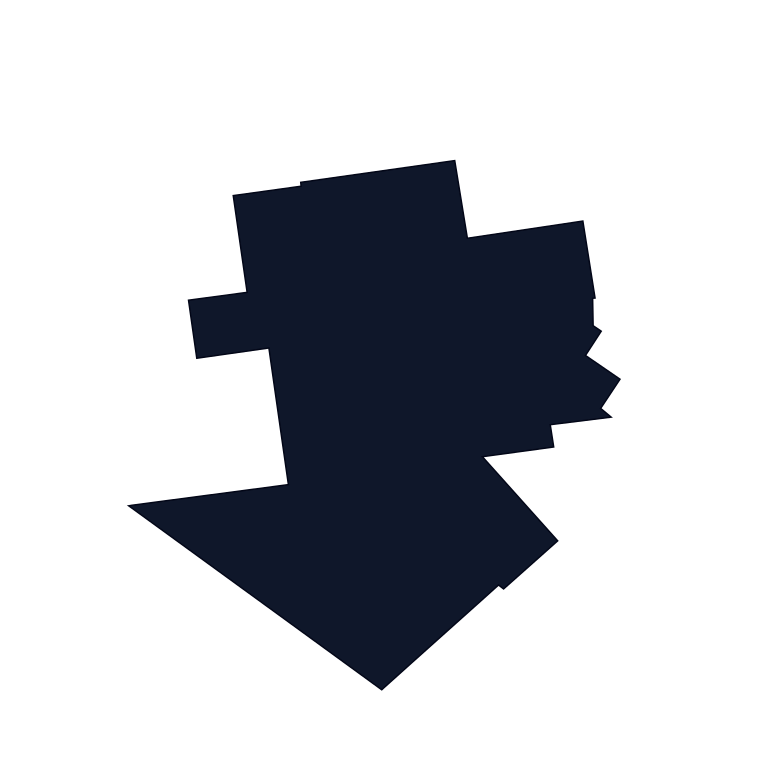 General Pinto, Buenos Aires, Argentina (Robinson projection), rotated 216°
{"feature_id": "61730980B27788441407365", "entity_name": "General Pinto", "entity_type": "district", "adm_level": 2, "iso_a3": "ARG", "parent_name": "Argentina", "parent_adm1": "Buenos Aires", "projection": "robinson", "projection_center": [-62.056, -34.684], "detail": "fine", "context": "isolated", "style": "filled", "palette": "ink", "viewbox_px": 768, "rotation_deg": 216, "n_neighbors": 0, "source": "geoboundaries", "source_scale": "gbopen_adm2", "svg_char_len": 639}
<svg xmlns="http://www.w3.org/2000/svg" viewBox="0 0 768 768"><g transform="rotate(216 384 384)"><path d="M591.4,336.9L550.6,294.8L498.3,345.5L402.2,246.4L490.8,162.3L517.1,137.3L518.0,136.3L518.9,135.4L518.0,135.4L515.2,135.4L346.6,135.4L206.9,135.3L206.1,135.3L205.8,136.7L205.7,137.4L197.7,174.8L179.3,260.1L173.2,288.7L166.8,288.5L151.3,359.2L261.7,383.0L209.7,432.8L225.6,448.8L180.8,490.7L194.4,491.6L195.9,526.6L237.8,525.5L239.3,554.4L249.1,554.1L265.6,576.0L263.8,577.6L318.9,632.7L402.2,550.9L458.1,606.3L569.9,498.2L567.3,495.3L616.7,447.8L548.6,377.7L591.4,336.9Z" fill="#0f172a" stroke="#020617" stroke-width="1.5"/></g></svg>